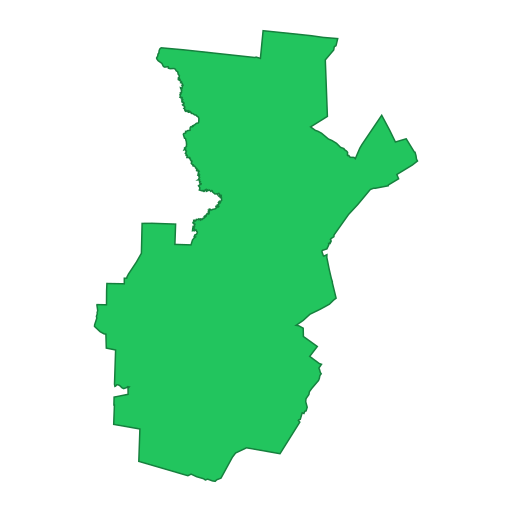 Dragodana, Dâmbovita, Romania
{"feature_id": "2599482B2320004497345", "entity_name": "Dragodana", "entity_type": "district", "adm_level": 2, "iso_a3": "ROU", "parent_name": "Romania", "parent_adm1": "Dâmbovita", "projection": "mercator", "projection_center": [25.385, 44.759], "detail": "fine", "context": "isolated", "style": "filled", "palette": "green", "viewbox_px": 512, "rotation_deg": 0, "n_neighbors": 0, "source": "geoboundaries", "source_scale": "gbopen_adm2", "svg_char_len": 6047}
<svg xmlns="http://www.w3.org/2000/svg" viewBox="0 0 512 512"><path d="M246.5,447.8L280.0,453.7L299.8,422.1L298.3,420.5L298.7,419.9L300.3,419.3L302.2,412.8L303.9,413.5L304.8,411.3L306.1,410.9L307.2,407.2L305.7,401.7L306.0,398.7L308.9,394.5L309.4,391.7L311.8,388.4L318.5,380.5L319.3,378.6L319.9,375.5L321.2,373.8L320.3,372.4L319.4,369.1L319.0,368.7L319.0,367.9L321.5,364.3L319.2,363.5L309.7,356.4L317.3,346.5L303.4,336.5L303.2,328.2L298.8,325.8L296.1,325.3L303.2,320.4L310.0,314.2L320.3,309.2L329.4,304.2L333.7,300.0L336.1,298.2L332.3,282.6L332.4,281.9L331.3,278.4L329.3,269.8L326.8,257.4L326.9,254.7L323.9,256.1L323.4,255.9L321.9,251.6L322.0,251.1L322.6,250.3L326.9,248.9L328.8,244.8L328.6,243.5L330.0,243.6L330.2,243.1L329.9,242.7L330.8,242.0L330.6,241.4L331.1,241.2L330.9,240.0L330.4,239.4L331.0,238.6L333.9,236.7L334.0,235.0L348.6,214.4L357.8,204.5L370.3,189.5L373.7,188.2L375.1,188.3L388.2,185.8L388.3,185.0L398.6,178.8L396.8,174.5L412.4,165.0L417.5,161.0L416.5,159.2L416.0,155.7L415.0,152.2L414.3,152.0L406.2,138.8L395.4,142.0L389.8,130.5L381.7,115.3L361.9,144.6L359.8,148.2L355.3,158.7L354.0,157.4L350.2,157.3L348.7,155.4L348.0,155.7L347.4,155.2L347.6,152.4L346.7,151.2L344.2,149.4L344.0,148.6L340.5,147.3L336.5,143.3L331.9,140.5L328.4,139.0L321.5,133.2L317.8,131.2L315.4,130.4L310.6,126.9L327.4,116.4L325.3,59.9L333.7,50.0L334.2,47.0L334.6,46.4L335.8,45.9L336.1,45.3L337.7,38.6L323.1,37.4L311.3,35.7L263.1,30.7L260.4,58.4L256.2,57.1L254.7,57.5L183.5,49.8L161.2,47.8L160.0,48.7L159.2,50.4L158.8,53.2L158.0,54.0L157.7,56.1L156.6,57.9L156.7,58.7L158.1,60.7L161.9,63.4L163.2,66.1L164.1,66.9L164.8,67.1L168.1,66.7L168.4,67.2L168.4,68.2L170.2,68.7L174.0,68.5L175.3,69.2L176.2,70.8L177.7,71.8L178.2,74.3L179.4,75.7L179.2,76.9L178.5,77.7L179.3,78.3L179.4,78.7L178.3,78.8L178.3,79.4L179.9,79.3L180.1,79.7L180.1,80.0L179.4,80.3L181.4,81.7L180.7,82.7L182.0,83.1L182.6,84.3L182.0,85.2L182.9,85.4L182.3,86.5L182.0,88.3L180.5,87.7L180.7,88.6L181.2,89.0L181.2,90.0L181.7,90.2L181.7,90.6L181.4,91.5L181.5,92.4L180.4,92.9L180.9,93.6L180.4,94.0L180.6,94.4L180.0,94.7L180.4,96.4L180.0,97.2L180.9,97.3L180.7,97.7L181.0,98.0L182.1,97.7L182.0,99.2L182.5,99.5L181.7,100.0L182.6,101.2L181.9,101.5L181.9,101.9L184.0,103.0L183.9,103.7L183.3,104.1L183.5,104.4L182.6,104.9L183.4,105.7L184.4,106.1L184.8,107.2L183.9,108.4L184.5,108.6L184.7,109.7L185.7,110.1L185.7,110.5L185.1,110.7L185.4,111.2L186.0,111.5L187.0,110.8L187.5,111.3L187.9,111.0L188.1,112.1L188.4,112.3L189.1,112.2L188.8,111.0L190.0,111.4L190.5,112.2L191.2,112.5L191.3,113.4L193.2,113.7L194.4,114.8L196.3,115.2L196.7,116.0L198.1,116.8L198.9,118.5L198.7,122.0L198.2,123.0L196.4,123.3L194.7,124.8L192.6,125.8L193.0,126.4L192.6,126.7L190.6,126.9L190.1,128.0L190.1,130.3L187.5,130.6L186.4,131.5L185.6,131.4L185.6,133.0L183.9,133.5L183.4,134.1L183.4,134.7L184.5,138.2L185.3,138.3L185.7,138.9L185.7,139.6L186.4,141.9L186.4,143.3L186.7,144.2L186.4,145.0L186.5,146.5L184.5,148.0L184.7,148.7L184.2,149.7L185.6,149.1L185.6,150.6L186.4,151.1L186.0,151.8L186.1,152.3L185.4,153.2L186.0,153.5L186.1,155.2L186.8,155.0L187.2,155.5L186.9,157.5L189.7,157.5L189.9,158.0L189.6,158.6L190.4,159.1L190.5,160.0L191.8,161.1L191.4,161.4L191.7,162.2L191.2,163.2L192.1,164.3L193.2,164.8L192.9,165.6L193.1,166.0L194.5,166.1L195.6,167.4L195.6,168.0L196.8,168.6L197.0,169.1L196.5,169.9L196.6,170.6L197.9,170.3L198.1,171.2L198.7,170.8L199.1,171.3L198.2,171.8L198.8,173.6L198.2,173.7L198.0,174.7L198.2,175.0L198.0,175.3L198.4,175.4L199.0,175.2L199.0,174.8L199.5,175.0L198.9,176.1L199.3,176.4L199.0,177.0L199.6,177.7L198.7,178.9L198.8,179.4L198.0,179.9L199.6,179.9L199.5,181.5L200.1,181.7L199.6,182.2L199.7,182.8L200.0,183.4L201.1,183.6L200.9,184.5L199.8,184.7L198.5,185.8L199.3,186.7L199.9,188.0L199.3,190.0L202.3,190.9L202.7,190.5L203.3,190.6L203.5,191.1L203.9,190.7L204.6,191.2L205.1,189.9L206.1,189.4L206.3,190.4L207.2,190.0L206.9,191.1L209.4,190.0L210.8,191.4L211.8,190.5L212.2,190.7L212.6,192.0L215.0,194.0L216.7,193.7L217.6,194.7L218.1,193.5L218.9,193.3L220.3,195.4L220.0,195.8L219.0,195.6L218.8,196.1L220.5,196.4L220.7,195.5L221.3,195.4L221.3,197.4L220.6,197.7L221.6,198.1L221.4,198.8L221.7,200.2L220.8,201.0L220.5,202.1L219.7,201.9L219.9,202.8L219.3,202.6L219.1,201.6L218.3,202.7L218.9,203.5L218.7,204.4L217.2,205.1L217.5,205.7L218.8,206.3L218.5,206.9L217.9,207.0L217.5,206.0L215.9,206.3L215.9,206.7L216.6,207.3L216.5,207.8L215.1,208.9L212.2,209.5L211.7,210.0L210.7,210.0L210.5,209.6L209.8,210.1L209.7,209.2L209.3,209.1L209.1,209.9L208.5,210.1L209.4,211.1L209.2,212.4L208.5,211.7L208.2,211.9L208.9,213.8L208.2,214.1L207.2,213.6L206.2,214.8L206.3,215.3L205.0,216.1L205.8,216.5L205.5,216.8L204.6,217.2L204.3,216.4L204.1,216.6L204.3,217.7L203.9,218.3L203.0,218.3L202.4,219.4L201.5,219.0L200.6,220.1L200.3,219.7L200.3,219.2L200.7,219.3L200.5,218.9L199.6,219.0L199.0,219.6L198.6,219.0L198.1,219.5L196.4,219.4L196.2,220.2L194.9,220.4L195.2,221.0L194.5,221.1L194.1,220.2L193.7,220.3L193.9,221.4L193.7,222.4L193.1,222.3L192.9,222.8L193.3,223.4L194.9,224.2L194.3,224.8L194.6,226.1L193.2,226.4L194.3,227.9L193.7,228.2L192.8,228.0L192.5,230.7L193.4,230.4L194.1,230.8L194.5,229.6L195.4,229.9L195.7,230.4L196.3,230.2L196.7,231.5L197.2,231.8L197.3,232.6L196.5,234.4L195.1,234.7L194.6,235.4L194.7,235.7L194.2,236.6L195.4,237.0L193.9,238.2L192.5,240.0L191.0,244.9L174.9,244.4L175.6,224.1L152.3,223.3L142.1,223.4L141.4,253.3L136.4,262.1L128.5,274.0L127.0,276.9L126.7,278.2L124.3,278.2L124.3,283.8L106.9,283.5L106.6,290.6L106.5,304.8L97.0,304.6L96.9,305.0L97.7,310.6L97.1,312.8L97.3,313.9L96.4,316.3L96.8,318.1L94.6,324.9L94.5,326.4L100.1,331.7L104.1,333.9L105.9,334.1L106.3,348.1L115.6,350.0L114.5,384.2L114.9,386.4L115.6,386.1L116.8,384.7L118.3,384.9L119.6,385.5L122.0,387.8L123.7,388.6L126.6,387.6L127.7,386.6L129.2,386.9L128.0,388.1L128.1,394.3L114.1,397.1L113.9,405.0L114.4,405.0L114.4,405.5L113.7,424.4L139.9,429.0L138.8,461.4L187.9,475.7L191.1,474.1L196.6,476.7L203.5,478.7L205.4,480.0L207.6,479.1L212.4,480.9L215.2,481.3L216.7,479.8L221.0,478.1L232.4,457.2L235.6,453.0L246.5,447.8Z" fill="#22c55e" stroke="#15803d" stroke-width="1.5"/></svg>